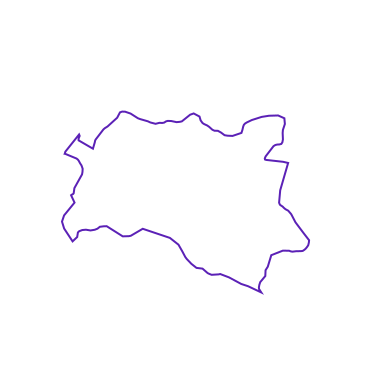 the border of Shemgang, rotated 132°
{"feature_id": "BTN-2485", "entity_name": "Shemgang", "entity_type": "District", "adm_level": 1, "iso_a3": "BTN", "parent_name": "Bhutan", "parent_adm1": "", "projection": "robinson", "projection_center": [90.837, 27.078], "detail": "fine", "context": "isolated", "style": "outline", "palette": "violet", "viewbox_px": 384, "rotation_deg": 132, "n_neighbors": 0, "source": "natural_earth", "source_scale": "10m", "svg_char_len": 2059}
<svg xmlns="http://www.w3.org/2000/svg" viewBox="0 0 384 384"><g transform="rotate(132 192 192)"><path d="M248.7,312.2L246.8,313.1L224.8,314.4L225.5,313.0L227.7,312.2L228.6,311.7L229.5,310.8L226.1,294.6L220.1,297.5L218.8,298.3L217.6,298.7L204.8,299.7L203.0,299.5L199.8,298.6L186.9,297.3L181.0,298.8L179.0,297.7L177.1,295.5L174.8,290.1L173.4,281.6L172.6,279.5L169.0,272.1L168.2,269.5L165.7,264.7L162.4,262.5L160.5,260.2L159.0,259.1L157.0,258.6L155.5,257.7L153.2,255.0L150.4,250.2L148.0,248.0L146.3,246.8L135.8,245.1L132.5,243.3L130.9,236.9L133.0,233.5L133.7,230.3L133.4,228.4L132.4,225.2L132.1,222.8L132.1,218.5L131.4,216.3L129.2,213.7L128.4,210.2L128.0,205.8L126.4,203.3L123.2,199.4L115.0,194.8L112.1,196.1L109.2,197.7L107.4,198.4L105.6,198.4L103.6,197.8L98.5,195.7L89.6,190.5L83.8,185.8L77.5,179.2L75.4,172.7L79.3,168.5L85.0,166.0L87.5,164.1L92.1,159.6L94.6,158.1L96.5,157.8L98.2,158.9L99.7,160.4L101.3,161.5L103.4,162.1L116.3,161.1L118.3,160.4L119.0,159.5L118.5,158.3L108.6,144.5L106.1,140.0L131.7,127.6L141.7,120.1L142.6,118.2L142.5,116.8L142.3,115.7L142.2,114.6L142.3,113.5L142.3,112.2L142.2,110.8L141.5,108.0L142.1,103.4L145.3,94.8L147.9,81.5L149.5,72.7L151.4,71.3L153.8,70.0L156.0,69.7L158.0,69.6L159.7,69.8L161.7,70.3L163.2,71.6L166.1,74.8L169.1,77.4L170.0,78.8L170.7,80.6L174.9,85.3L185.9,90.8L196.8,85.7L200.9,85.0L205.4,81.3L213.3,81.0L216.0,79.8L218.2,78.4L219.2,77.3L220.3,73.3L224.5,87.3L227.4,93.9L230.7,107.4L234.1,116.2L235.3,117.0L240.4,122.0L241.3,124.4L241.8,126.1L241.9,132.9L245.4,137.9L245.8,144.4L245.3,151.0L244.8,153.5L242.6,159.5L240.2,166.8L240.9,177.7L252.3,204.0L265.5,208.2L267.1,209.4L271.3,213.8L274.5,232.5L276.5,234.6L279.5,237.2L282.5,237.7L285.1,239.0L288.5,241.7L291.0,245.6L293.7,248.1L296.6,249.6L298.4,249.7L302.3,247.2L308.6,247.7L304.7,262.6L301.0,268.8L295.0,271.4L278.5,272.2L275.3,279.7L274.3,279.5L272.9,279.0L272.1,279.1L267.8,282.0L252.5,285.5L250.4,286.8L247.9,288.8L246.2,291.9L245.6,294.2L244.6,297.0L244.3,298.5L244.4,300.2L248.6,312.1L248.7,312.2Z" fill="none" stroke="#5b21b6" stroke-width="2"/></g></svg>